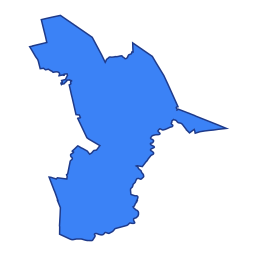 the district of Dudestii Noi, Timis, Romania
{"feature_id": "2599482B49333964022937", "entity_name": "Dudestii Noi", "entity_type": "district", "adm_level": 2, "iso_a3": "ROU", "parent_name": "Romania", "parent_adm1": "Timis", "projection": "natural_earth1", "projection_center": [21.105, 45.83], "detail": "fine", "context": "isolated", "style": "filled", "palette": "blue", "viewbox_px": 256, "rotation_deg": 0, "n_neighbors": 0, "source": "geoboundaries", "source_scale": "gbopen_adm2", "svg_char_len": 5659}
<svg xmlns="http://www.w3.org/2000/svg" viewBox="0 0 256 256"><path d="M135.5,203.4L136.6,202.1L137.0,201.1L137.1,200.9L136.6,200.9L137.0,200.2L137.4,199.3L137.7,198.1L137.8,197.8L137.9,197.3L137.9,196.9L137.6,196.4L137.3,196.1L137.0,195.9L136.7,195.8L136.2,195.8L135.1,195.8L134.0,195.5L132.6,195.0L131.7,194.7L131.1,194.5L131.0,194.3L130.9,194.1L130.8,193.5L130.5,190.1L130.6,188.9L131.0,188.3L132.3,187.1L132.4,186.9L132.7,186.1L132.9,185.5L133.0,184.9L133.1,184.5L133.2,184.3L133.3,184.1L133.8,183.7L134.7,182.8L135.2,182.3L135.5,181.4L136.4,179.4L136.9,178.8L137.1,178.6L138.6,178.4L140.5,179.2L141.1,179.1L141.5,178.9L142.7,177.7L143.2,177.3L143.6,176.8L143.7,176.5L143.7,176.0L143.5,175.4L143.4,174.7L143.3,174.4L141.8,172.7L141.3,171.6L141.2,171.1L141.1,170.9L140.4,170.2L138.6,168.7L138.0,167.4L137.6,166.9L137.0,166.4L136.3,166.0L137.1,165.7L142.3,166.6L146.4,161.3L146.6,161.3L147.3,160.4L148.2,158.9L151.0,155.4L151.4,155.2L152.5,154.6L153.2,154.2L153.5,153.8L153.6,153.4L153.6,153.0L153.4,152.5L152.9,152.0L152.5,151.6L150.6,150.4L150.5,150.1L150.5,149.8L150.6,149.6L150.8,149.3L151.3,148.9L151.8,148.6L153.4,147.9L154.1,147.5L154.3,147.2L154.1,146.6L153.8,146.3L151.9,145.4L151.3,145.0L150.7,144.5L150.4,144.0L150.4,143.7L150.6,143.3L152.3,142.9L152.6,142.7L153.0,142.2L153.3,141.7L153.5,141.3L153.6,140.8L153.3,140.3L153.0,139.9L152.7,139.6L151.1,138.9L150.8,138.7L150.6,138.4L150.6,137.8L151.8,136.2L152.1,135.9L152.5,135.6L154.9,134.9L156.1,134.7L157.5,134.7L158.6,134.6L159.5,134.3L159.8,134.1L160.0,133.7L159.7,133.0L159.3,132.6L158.4,131.8L158.1,131.4L158.0,131.0L158.1,130.5L159.6,128.9L159.9,128.8L160.3,128.9L161.9,129.7L162.4,129.9L162.7,130.0L163.3,129.9L165.2,129.4L165.7,129.2L167.8,128.3L170.1,127.2L171.8,126.8L172.2,126.6L172.6,126.2L172.8,125.6L172.8,125.4L172.7,125.1L171.5,124.1L171.3,123.7L171.2,123.3L171.3,123.0L171.6,122.6L171.8,122.3L171.9,121.9L171.8,121.2L172.1,120.7L173.6,119.5L174.0,119.8L175.0,120.0L175.5,120.2L176.1,120.5L176.6,121.0L177.1,121.7L178.1,122.6L178.6,122.8L180.4,123.1L181.0,123.3L181.9,123.9L182.5,124.5L186.3,129.5L186.3,129.8L187.1,130.5L189.5,132.9L194.2,129.4L194.8,131.1L195.0,132.5L195.2,133.2L200.0,131.7L205.0,130.9L209.3,130.4L213.6,130.0L218.2,129.3L226.3,128.4L218.4,125.1L195.7,116.1L194.8,115.6L193.3,115.0L179.4,109.6L178.5,109.2L178.2,109.2L177.6,109.8L177.3,109.9L177.4,109.7L176.4,108.1L176.3,107.9L176.3,107.5L176.4,107.2L176.6,107.0L178.0,106.7L167.5,83.4L163.8,75.5L156.3,63.2L152.3,56.4L132.7,42.9L132.9,49.2L133.1,52.0L132.9,52.0L132.2,51.7L131.8,52.1L131.7,52.4L131.8,52.7L131.7,53.1L131.3,53.7L130.6,54.1L129.1,54.7L128.7,54.9L128.2,55.6L128.1,56.0L127.6,56.9L127.5,57.4L127.1,57.8L126.7,58.2L126.2,58.5L125.5,58.7L124.9,58.6L124.2,57.9L123.6,57.4L122.7,56.9L122.3,56.5L122.0,55.9L121.4,55.8L119.6,56.1L118.0,56.5L116.6,56.7L115.1,56.6L114.9,56.8L111.8,57.2L109.9,57.0L109.2,57.2L108.0,58.3L107.6,58.6L106.9,59.1L106.5,59.5L105.9,61.0L105.2,62.3L105.1,62.1L101.6,54.9L93.4,39.5L92.2,37.3L60.4,15.4L51.9,17.2L41.3,19.6L43.2,27.4L45.3,35.8L45.9,38.4L46.3,40.3L46.8,42.5L32.6,45.9L32.6,46.1L29.7,46.7L31.9,50.3L35.7,56.8L37.7,59.5L38.3,61.2L40.2,68.7L43.4,68.3L43.6,68.3L45.5,69.8L48.4,69.2L50.0,70.2L50.5,70.6L51.3,70.9L51.6,71.0L53.1,72.3L54.2,72.1L56.2,71.8L57.4,71.9L58.3,72.2L58.9,72.6L59.3,73.0L59.6,73.9L59.6,74.1L59.0,75.7L59.4,75.7L59.5,75.6L63.2,74.9L63.4,75.3L64.2,75.2L64.2,74.2L66.3,73.9L67.1,73.9L67.5,75.3L65.4,79.5L61.6,80.5L62.0,81.6L62.4,81.9L62.4,82.2L62.3,82.6L62.2,82.7L61.0,83.0L60.9,83.1L61.4,84.5L61.5,84.4L62.6,84.0L64.0,83.8L65.2,82.5L66.3,81.5L67.1,80.5L66.8,80.3L66.9,80.2L69.7,79.9L70.0,80.3L70.5,80.4L70.6,80.6L71.5,80.6L71.5,81.1L70.8,81.2L70.7,81.6L70.6,82.2L70.7,83.3L70.9,83.7L70.8,83.9L70.6,84.1L70.2,84.4L69.2,84.9L70.0,88.3L71.3,94.3L72.3,98.3L76.0,114.6L79.3,115.0L80.4,117.6L80.2,117.8L77.8,118.2L77.7,118.3L86.9,137.7L88.6,139.0L99.9,145.6L96.5,150.1L93.9,150.5L93.5,150.8L91.5,153.1L89.6,154.2L87.3,151.1L82.5,148.4L81.3,147.9L78.7,146.3L78.1,146.0L77.7,145.9L74.4,149.1L72.2,151.1L72.2,151.3L72.3,151.4L73.3,151.8L73.5,151.9L73.6,152.1L73.0,152.9L70.7,154.4L70.6,154.7L70.6,155.4L70.7,156.0L71.0,156.6L71.2,156.9L71.8,157.3L72.1,157.7L72.3,158.3L72.3,158.7L72.3,158.9L71.8,159.6L70.5,160.7L70.2,161.2L69.7,163.8L67.7,173.7L67.6,174.0L67.4,174.2L66.6,174.6L66.5,174.8L66.8,175.4L67.2,176.4L66.8,179.0L57.4,177.8L56.2,179.0L54.4,178.4L53.6,178.2L50.9,177.3L49.1,177.1L53.9,189.7L55.0,192.3L57.9,200.5L57.5,200.5L60.4,207.7L60.1,215.1L59.5,225.9L59.6,226.3L59.7,226.9L59.6,234.2L70.1,239.1L71.3,239.5L71.6,239.6L72.9,239.7L74.3,239.4L76.4,239.0L81.0,239.0L81.8,239.1L85.2,240.1L87.1,240.5L91.6,240.6L92.1,240.5L92.6,240.2L93.0,239.6L94.7,237.0L94.9,236.5L95.1,236.0L95.0,235.5L94.5,234.7L94.5,234.3L94.5,234.1L94.7,233.9L95.1,233.6L95.8,233.5L96.4,233.5L97.2,233.7L98.9,234.4L99.5,234.5L100.2,234.7L101.3,234.9L102.3,234.8L102.8,234.7L103.4,234.3L104.1,233.7L104.9,232.6L105.2,232.5L105.8,232.5L108.2,233.3L108.8,233.4L109.0,233.4L112.2,231.7L112.9,231.2L113.9,230.1L114.7,229.0L115.1,228.7L115.5,228.5L115.9,228.4L124.4,226.1L126.9,225.4L127.4,225.1L128.0,224.7L128.4,224.3L129.2,223.5L129.5,223.2L129.8,223.0L130.2,223.0L131.6,223.3L133.0,223.4L134.0,223.3L134.5,223.1L134.7,222.9L134.7,222.7L134.7,222.4L134.5,222.0L134.0,221.3L133.6,220.2L133.6,219.5L133.6,218.8L133.7,218.7L134.1,218.4L135.5,218.0L136.1,217.8L137.3,216.7L137.9,216.1L138.0,215.8L138.3,215.1L138.5,214.3L138.5,213.7L138.5,212.6L138.2,211.6L137.8,211.1L137.2,210.5L135.6,209.7L134.8,208.8L133.8,208.0L133.5,207.7L133.2,207.0L133.1,206.8L134.0,206.3L134.4,205.7L134.7,205.2L135.1,204.2L135.2,203.9L135.5,203.4Z" fill="#3b82f6" stroke="#1e3a8a" stroke-width="1.5"/></svg>